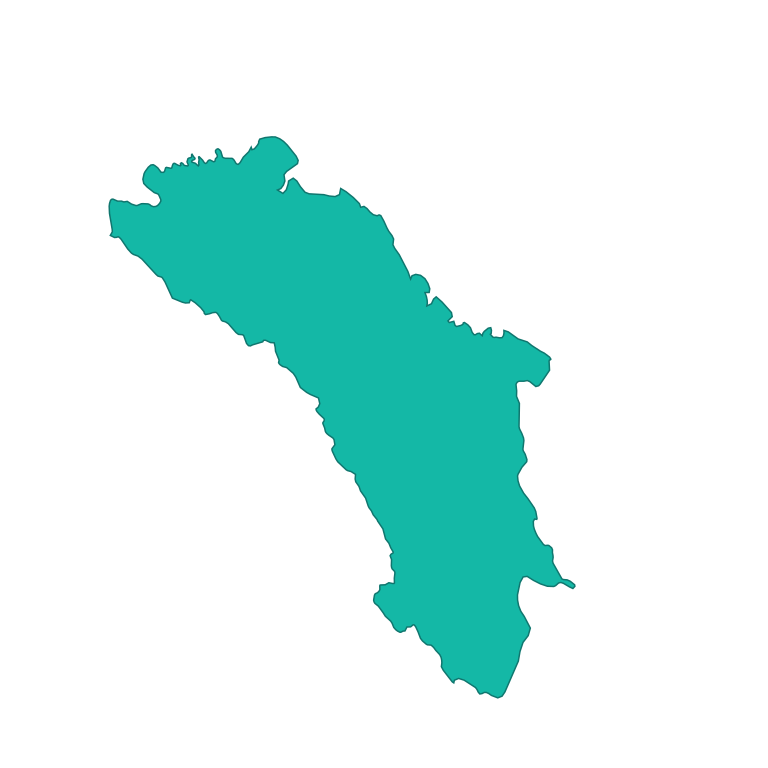 SVG path tracing the border of Perak, rotated 141°
{"feature_id": "MYS-1137", "entity_name": "Perak", "entity_type": "State", "adm_level": 1, "iso_a3": "MYS", "parent_name": "Malaysia", "parent_adm1": "", "projection": "equal_earth", "projection_center": [101.191, 4.79], "detail": "fine", "context": "isolated", "style": "filled", "palette": "teal", "viewbox_px": 768, "rotation_deg": 141, "n_neighbors": 0, "source": "natural_earth", "source_scale": "10m", "svg_char_len": 6155}
<svg xmlns="http://www.w3.org/2000/svg" viewBox="0 0 768 768"><g transform="rotate(141 384 384)"><path d="M365.9,106.2L367.5,109.5L370.0,116.2L371.4,118.4L373.5,119.5L377.5,119.3L379.5,119.8L384.3,124.0L388.2,130.2L391.4,137.3L393.8,144.4L397.3,146.5L403.2,144.1L413.0,136.1L416.2,132.0L418.9,127.0L420.7,121.3L421.3,115.0L423.9,102.2L430.3,97.7L438.6,95.7L446.7,90.5L454.0,84.1L483.8,68.6L488.7,67.1L493.1,68.5L496.5,74.4L497.4,77.6L498.6,79.9L500.2,81.2L502.6,81.7L504.6,82.8L504.7,85.1L504.0,88.0L503.9,90.5L508.1,103.4L511.3,108.2L515.7,109.5L517.9,107.8L518.4,109.5L518.1,124.1L517.3,128.2L514.5,130.9L513.0,133.0L511.7,135.5L511.0,138.6L511.4,144.4L511.2,148.0L511.7,151.4L514.4,154.0L514.9,155.1L515.8,160.1L515.7,163.4L513.5,170.0L512.2,175.2L512.1,176.9L512.3,178.1L512.9,178.5L516.1,178.5L519.1,180.7L523.1,178.9L524.8,180.0L527.2,180.5L528.0,181.3L529.0,183.6L529.5,185.7L529.6,188.7L528.3,192.9L528.0,195.5L529.1,202.6L528.6,206.9L528.2,215.0L529.1,219.1L529.0,220.3L528.4,222.1L527.7,222.9L524.3,225.9L522.8,226.5L520.4,225.9L518.3,226.1L516.6,226.8L514.3,229.8L513.5,230.2L509.4,227.2L505.3,226.5L503.0,223.7L501.8,222.7L501.1,222.8L498.2,226.6L494.3,230.4L493.7,231.8L494.0,235.1L493.6,236.5L492.7,238.1L488.6,242.8L487.3,246.7L485.7,247.3L483.3,247.0L482.6,247.6L481.8,252.6L480.4,257.1L480.3,262.6L476.0,272.1L475.2,281.4L474.7,283.1L474.7,289.1L473.6,293.4L473.5,297.2L473.0,299.3L470.1,306.9L469.5,315.7L467.9,320.1L467.5,325.8L466.2,328.3L463.0,331.7L464.7,336.7L466.8,339.6L467.4,341.2L468.9,352.6L468.5,356.1L466.5,364.1L465.9,365.6L465.1,366.5L460.4,367.7L457.8,372.3L457.7,374.3L459.1,378.8L459.6,381.4L459.6,382.9L459.4,384.0L457.8,387.2L456.4,391.7L455.7,392.5L453.9,393.0L452.8,393.9L452.4,395.0L453.3,401.3L453.4,404.8L453.1,406.4L452.5,407.4L449.7,407.4L446.3,409.1L443.7,414.4L447.8,422.2L449.4,426.2L451.2,433.9L448.2,444.8L447.8,449.4L449.3,458.0L451.8,461.5L452.6,464.3L452.7,465.8L452.5,466.9L450.5,468.6L447.7,477.7L445.4,481.1L443.4,485.1L446.1,487.6L448.4,492.3L449.4,493.3L450.2,493.7L451.7,493.1L461.4,497.1L463.9,497.7L465.2,499.1L465.3,502.0L462.6,509.8L462.8,511.2L465.9,514.2L466.6,517.1L467.0,528.8L468.1,532.1L469.9,534.6L470.2,535.8L469.4,540.0L469.1,543.3L469.3,544.8L469.8,545.7L472.5,547.4L475.4,548.4L479.0,550.3L479.2,552.0L478.4,553.4L478.4,558.7L479.6,566.0L481.2,571.1L481.9,571.1L484.2,569.7L487.3,571.9L489.2,574.4L494.4,583.9L490.0,601.0L489.4,605.9L489.6,607.1L491.8,610.2L492.2,612.8L493.5,633.5L494.7,638.3L497.2,642.4L497.9,644.7L498.2,650.1L497.2,661.9L497.4,664.3L497.9,665.8L499.4,666.2L501.2,667.4L503.2,671.7L499.4,673.2L498.0,675.1L490.0,689.3L485.7,695.1L483.6,697.1L481.0,698.8L479.6,699.0L478.3,698.3L475.9,693.7L472.9,691.3L471.6,689.2L468.6,687.5L467.0,682.7L464.4,678.7L463.3,678.0L459.2,676.8L457.9,675.9L454.0,672.4L453.2,670.9L452.8,668.9L451.5,666.8L449.4,665.5L447.6,665.2L444.7,665.6L442.3,666.6L441.4,667.8L440.1,672.4L440.1,674.0L442.1,677.3L444.1,686.1L444.5,691.0L442.5,694.9L438.0,698.5L436.0,699.4L430.8,700.8L427.4,700.9L425.4,699.7L424.7,698.2L423.8,694.4L424.0,688.8L422.1,687.2L420.7,687.4L417.7,689.4L416.8,689.3L413.8,685.7L413.0,685.5L410.7,687.1L409.2,687.8L408.4,687.7L407.8,687.2L406.4,683.7L405.0,681.8L404.3,681.8L403.4,683.5L402.2,683.4L401.6,682.0L401.7,680.2L401.4,679.2L399.5,677.1L398.7,677.0L398.2,677.5L397.3,680.6L394.6,682.5L393.5,682.4L391.4,681.4L390.6,681.7L389.1,683.4L388.6,683.4L388.9,680.1L388.8,678.4L389.3,677.9L390.3,677.8L392.2,678.4L393.2,678.2L393.6,677.6L393.4,676.9L391.7,674.3L391.1,670.4L390.0,670.7L388.7,672.8L386.5,674.7L385.7,676.4L385.1,677.1L384.6,676.9L384.1,672.2L384.4,669.0L383.9,667.7L382.6,667.4L380.7,668.1L379.0,668.1L378.2,667.6L376.6,664.0L375.8,663.6L375.1,663.6L373.2,665.1L371.2,665.3L370.4,665.7L369.5,667.0L369.1,669.9L368.2,671.3L366.7,671.8L365.0,671.3L364.4,669.6L364.4,667.5L366.7,661.9L366.3,660.7L365.3,659.3L360.1,655.0L359.8,654.3L359.6,652.5L360.2,648.4L359.6,647.0L359.0,646.4L356.5,646.6L350.6,648.8L342.9,649.6L338.2,651.6L339.2,649.2L336.8,648.3L332.2,649.2L329.8,650.1L328.8,651.3L326.5,652.5L321.3,650.3L316.0,646.9L313.0,644.4L310.7,640.2L309.4,635.7L308.8,630.5L308.9,616.4L310.0,611.8L312.6,609.7L325.9,610.5L330.0,609.6L333.3,604.1L337.0,601.9L341.2,600.8L344.7,601.8L342.6,595.7L337.7,596.4L332.7,599.7L330.4,601.8L325.0,601.1L324.0,596.6L324.8,590.0L324.7,582.7L322.5,578.9L311.6,569.0L308.2,564.5L304.0,560.4L299.4,559.2L294.6,563.2L292.5,557.4L290.5,548.2L289.6,539.7L290.9,536.0L287.8,534.6L286.8,531.1L286.7,526.7L285.8,522.3L283.5,519.1L281.4,518.5L280.5,516.9L281.6,510.7L283.5,503.5L284.2,499.7L284.4,494.3L285.3,490.6L289.4,486.6L290.3,482.7L290.8,474.9L294.6,456.5L297.3,448.8L294.1,450.5L290.3,449.2L287.2,445.4L285.9,440.1L286.6,434.4L288.5,429.2L291.3,426.7L294.6,429.3L296.0,425.3L297.7,422.0L299.5,419.5L301.6,417.7L296.6,416.5L292.0,418.8L288.6,418.9L287.3,411.1L286.6,397.1L288.6,393.4L294.6,392.8L294.6,390.7L290.3,388.8L291.9,384.8L291.4,383.0L287.3,381.1L285.2,380.7L283.8,381.6L282.8,381.2L281.6,377.2L281.4,373.3L283.0,368.6L283.0,365.6L281.8,364.7L279.8,364.5L277.9,363.4L277.3,359.7L275.2,361.2L272.9,361.8L267.9,361.8L265.6,360.6L266.7,358.1L268.8,355.9L270.0,355.8L269.9,352.0L269.1,350.8L267.5,349.9L265.1,347.1L263.0,345.7L260.7,346.4L258.6,348.2L257.1,350.2L254.6,346.3L251.4,334.6L246.2,326.6L244.9,320.7L241.8,311.1L240.0,307.1L238.4,300.7L238.7,298.3L239.4,298.1L240.4,298.5L241.4,297.8L246.7,290.5L262.8,285.6L264.9,285.3L267.6,286.5L269.2,294.2L270.5,296.5L273.6,298.2L277.2,301.1L278.8,301.6L280.1,301.4L281.7,300.6L285.2,295.2L288.8,291.0L291.0,283.7L305.9,265.9L306.9,263.9L308.0,258.9L309.5,254.3L310.9,252.0L317.1,245.9L317.8,244.5L318.5,240.5L320.5,235.3L322.0,233.8L329.2,232.5L336.7,229.5L338.1,228.5L340.8,224.4L342.8,219.4L344.2,211.2L344.3,204.2L345.2,193.2L346.3,189.4L349.7,183.2L350.5,182.7L352.0,184.3L354.5,183.2L357.2,179.5L358.5,176.7L359.8,172.5L360.6,168.9L361.1,159.2L360.6,157.2L358.1,155.5L357.5,154.7L356.8,151.2L357.4,149.1L359.2,147.0L360.7,144.2L361.8,142.7L364.4,140.4L365.4,138.3L368.4,120.5L367.7,119.2L364.9,116.5L363.4,113.5L362.2,108.0L363.0,106.6L365.9,106.2Z" fill="#14b8a6" stroke="#0f766e" stroke-width="1.5"/></g></svg>